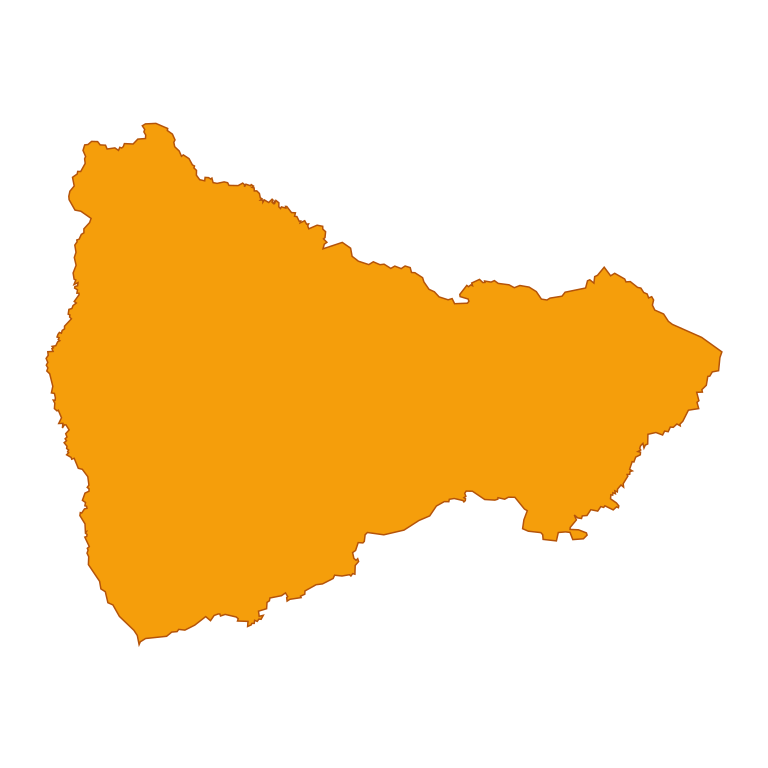 the district of Ngawi, Jawa Timur, Indonesia
{"feature_id": "22746128B17210029520680", "entity_name": "Ngawi", "entity_type": "district", "adm_level": 2, "iso_a3": "IDN", "parent_name": "Indonesia", "parent_adm1": "Jawa Timur", "projection": "robinson", "projection_center": [111.347, -7.432], "detail": "fine", "context": "isolated", "style": "filled", "palette": "amber", "viewbox_px": 768, "rotation_deg": 0, "n_neighbors": 0, "source": "geoboundaries", "source_scale": "gbopen_adm2", "svg_char_len": 5995}
<svg xmlns="http://www.w3.org/2000/svg" viewBox="0 0 768 768"><path d="M167.7,128.5L155.9,123.4L145.4,123.9L142.3,125.8L144.7,129.4L143.9,131.9L145.7,135.0L145.5,138.5L137.8,139.1L133.1,144.0L124.4,143.6L123.3,146.6L121.7,148.0L119.8,147.3L118.5,150.4L114.9,147.9L107.1,149.0L105.5,145.2L100.2,144.9L97.6,141.6L91.6,141.4L88.0,144.5L84.7,144.9L83.0,150.4L85.6,156.5L84.6,158.8L85.2,163.4L80.7,171.5L77.7,171.4L77.2,174.0L72.5,177.3L74.2,186.0L69.9,191.2L68.8,196.3L69.1,199.7L75.0,210.1L80.8,211.2L91.1,218.4L89.6,222.6L83.9,228.8L83.9,232.8L81.3,234.4L79.1,239.2L76.8,240.0L77.1,241.8L74.8,245.1L76.0,252.3L74.3,257.5L76.1,265.3L73.1,273.0L74.1,279.2L75.8,280.0L74.0,284.5L78.0,282.6L77.6,285.8L74.9,286.5L74.6,288.1L77.5,289.8L76.9,293.2L78.9,293.2L79.1,294.7L74.2,301.5L76.3,303.0L73.0,305.6L71.9,308.5L68.9,309.4L68.2,314.2L69.9,314.9L69.6,317.0L71.4,318.8L64.5,326.2L64.5,328.9L62.2,330.4L61.4,333.2L59.4,332.4L58.0,334.3L57.0,337.0L59.1,337.7L58.2,339.6L59.8,340.7L57.7,341.8L55.8,345.7L52.1,346.4L53.4,347.8L51.9,348.6L53.1,351.4L47.8,351.7L48.2,355.4L46.1,358.4L47.8,362.4L46.3,365.2L47.9,367.9L46.8,371.0L49.7,373.8L52.8,386.3L51.4,392.9L54.4,393.4L55.4,397.9L55.1,400.3L53.2,400.1L54.8,403.2L54.4,408.6L57.0,410.9L58.3,410.2L61.5,417.8L58.7,423.5L62.9,423.4L62.4,428.0L64.4,424.8L66.0,424.9L69.1,429.9L65.7,433.7L67.0,437.0L65.1,438.8L66.5,440.7L64.1,442.7L67.0,446.2L66.6,448.5L68.6,450.0L67.6,451.8L68.6,452.7L66.6,454.8L71.1,457.4L71.7,459.2L74.2,458.3L78.3,468.3L82.3,469.3L87.8,476.7L88.9,485.1L87.2,487.4L89.0,488.8L89.0,491.2L85.0,493.1L82.4,500.3L85.5,502.5L84.9,505.8L86.6,506.2L87.0,508.3L84.5,508.9L81.7,513.0L80.3,512.6L79.9,515.6L85.0,523.9L85.4,531.9L86.5,531.5L85.5,533.2L87.1,534.5L86.7,536.5L84.8,537.1L89.3,546.6L87.3,548.3L88.1,550.1L87.0,553.2L88.7,556.7L88.4,564.6L99.6,581.3L100.9,588.9L105.3,591.7L107.9,602.7L112.9,604.9L119.4,616.4L133.9,630.3L137.3,635.5L139.1,644.6L140.3,641.8L145.6,638.5L166.6,636.3L171.7,632.1L177.1,631.6L178.7,629.4L184.9,630.1L194.8,625.1L205.7,616.6L210.5,620.7L214.1,615.5L218.1,614.0L219.9,614.0L220.5,616.0L225.2,614.4L236.2,617.0L238.2,618.7L237.5,621.0L248.0,621.4L247.6,626.5L251.2,624.9L251.8,623.4L254.2,623.4L254.6,620.3L257.2,621.4L258.9,619.1L261.1,619.3L263.3,615.3L259.2,616.3L258.5,611.2L266.6,608.7L267.0,602.4L269.4,600.8L269.9,598.0L281.5,595.7L285.5,592.9L287.7,596.6L286.7,597.6L287.1,601.1L289.9,599.3L301.1,597.6L300.5,596.2L304.8,594.2L304.9,591.0L316.1,584.7L322.5,583.9L333.1,578.5L334.6,575.2L342.0,576.0L349.5,574.7L350.9,576.0L352.7,573.6L354.9,574.2L355.2,565.5L358.6,561.5L357.7,558.7L356.1,560.3L353.9,558.4L352.6,552.6L355.6,550.4L358.2,542.6L362.9,542.9L364.3,541.4L365.1,534.8L367.4,532.5L383.8,534.8L404.0,530.1L418.9,520.5L429.7,515.9L436.4,506.0L444.3,501.6L448.8,501.7L449.3,499.3L454.2,498.5L462.9,500.5L463.9,501.9L465.3,500.6L465.5,498.7L463.9,497.7L465.9,496.3L464.7,493.3L466.2,491.1L472.4,491.2L484.7,499.5L494.9,500.1L497.8,499.2L498.0,497.7L504.7,499.2L508.4,497.2L514.9,497.3L524.4,509.0L527.3,510.7L523.9,519.8L522.6,528.7L528.3,531.2L540.8,532.6L542.7,534.7L543.1,539.4L556.4,540.9L558.3,532.5L565.5,531.9L570.0,532.4L572.8,539.6L583.4,538.8L587.1,535.1L586.4,532.9L578.5,529.8L570.0,529.4L570.2,527.4L576.4,519.9L574.3,515.0L577.7,517.9L581.5,518.5L582.3,515.9L587.0,515.5L590.8,509.7L597.7,511.1L600.8,506.6L603.7,507.4L604.9,505.8L613.2,509.9L616.5,506.9L618.4,507.7L618.8,505.9L616.4,502.9L610.5,498.8L610.9,494.8L612.7,495.1L612.9,492.7L615.4,493.7L614.8,490.8L617.3,491.9L617.6,489.0L621.0,485.0L623.6,487.1L623.2,483.7L627.8,476.2L627.1,474.5L629.7,474.3L630.0,471.5L632.3,470.9L629.6,469.3L632.2,461.6L633.9,462.0L635.7,457.1L640.3,454.8L640.5,452.2L637.9,451.6L640.7,450.0L639.7,448.3L640.6,445.7L642.9,443.4L644.0,448.0L645.3,445.1L647.7,444.0L647.9,434.3L655.9,432.5L662.6,435.0L664.6,431.1L668.2,431.7L670.3,427.1L673.3,427.3L676.9,424.0L680.2,425.8L679.9,424.2L682.8,421.3L688.4,410.2L698.7,408.6L697.0,402.3L698.9,400.7L696.7,392.3L702.4,392.1L701.9,389.6L706.3,385.3L707.8,376.4L709.8,376.1L712.3,371.9L718.6,370.7L719.9,357.6L721.9,351.9L701.7,337.4L672.4,324.4L668.4,321.4L663.6,314.0L654.8,310.1L652.4,305.1L653.6,300.0L651.7,296.7L648.6,297.9L647.2,294.0L643.7,292.5L640.9,288.1L637.6,287.4L630.3,281.6L626.0,281.9L624.7,279.0L614.7,273.3L610.6,275.8L604.2,267.2L597.5,275.3L594.7,276.6L593.9,283.1L589.8,279.8L587.5,280.8L585.6,288.0L565.1,292.2L562.0,296.2L550.0,298.1L547.0,300.0L541.4,299.1L536.3,291.6L529.1,287.1L519.9,285.5L514.3,287.7L509.0,284.8L498.2,283.4L494.4,280.6L491.1,282.1L484.6,281.0L485.0,282.4L482.9,282.6L479.5,279.4L471.7,283.0L472.5,285.7L470.8,284.9L468.5,286.7L466.8,285.4L459.8,294.4L460.1,296.6L468.1,299.0L468.9,301.3L467.4,303.2L454.6,303.7L452.1,298.6L448.1,299.8L439.1,296.9L434.4,291.8L429.0,289.3L423.9,281.9L422.6,277.7L414.9,272.7L411.5,272.5L410.2,267.6L405.1,266.0L401.2,268.6L394.8,266.1L390.8,268.4L384.1,264.2L380.0,264.7L373.3,261.8L368.8,264.6L358.4,261.2L352.1,256.3L350.6,248.2L342.3,242.4L323.0,248.8L324.3,244.2L326.9,242.3L323.5,238.9L325.0,237.6L325.6,231.7L322.8,229.1L322.7,226.3L317.1,225.2L308.8,228.8L307.7,225.9L308.6,223.9L306.6,224.2L304.7,220.7L300.1,222.9L300.7,221.0L299.2,221.2L296.9,216.6L294.6,216.3L295.4,212.8L291.5,212.6L286.8,206.5L285.5,206.4L285.8,208.1L281.4,206.9L280.5,208.5L278.8,206.8L278.9,202.8L275.9,200.4L274.3,204.2L274.2,202.1L273.4,203.5L272.0,202.1L273.1,200.2L272.1,199.2L268.7,202.5L264.3,199.9L262.9,202.2L262.8,200.1L260.4,200.1L261.9,198.7L260.3,197.8L259.4,193.5L256.8,190.9L254.3,190.9L254.1,187.9L252.0,187.4L253.5,186.1L251.2,184.6L250.4,185.7L245.9,184.2L244.5,186.8L244.5,184.7L242.7,183.1L238.1,185.6L229.0,185.4L227.6,182.7L224.1,181.9L217.1,183.4L213.1,182.6L211.9,178.1L210.7,179.0L208.5,177.6L205.1,177.4L204.7,180.8L199.7,179.7L196.4,175.2L196.5,170.4L193.9,167.9L194.5,166.0L192.4,164.9L189.0,158.6L183.3,154.9L181.5,156.3L179.2,151.0L174.7,146.7L173.8,142.3L175.0,139.9L172.4,134.1L167.3,130.5L167.7,128.5Z" fill="#f59e0b" stroke="#b45309" stroke-width="1.5"/></svg>